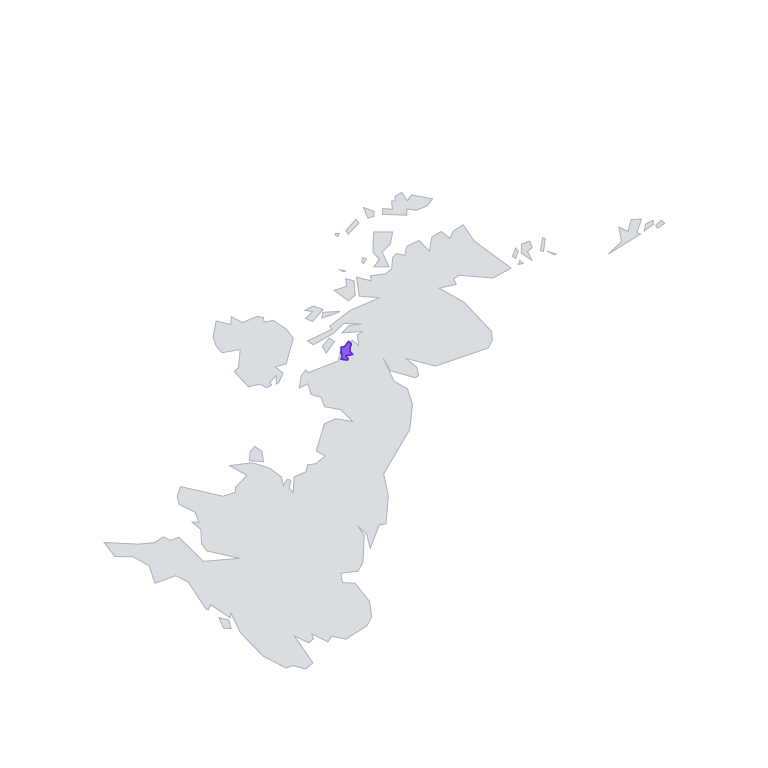 North Ayshire highlighted on a map of United Kingdom, rotated 46°
{"feature_id": "GBR-2006", "entity_name": "North Ayshire", "entity_type": "Unitary District", "adm_level": 1, "iso_a3": "GBR", "parent_name": "United Kingdom", "parent_adm1": "", "projection": "mercator", "projection_center": [-4.697, 55.716], "detail": "fine", "context": "in_parent", "style": "filled", "palette": "violet", "viewbox_px": 768, "rotation_deg": 46, "n_neighbors": 0, "source": "natural_earth", "source_scale": "10m", "svg_char_len": 4463}
<svg xmlns="http://www.w3.org/2000/svg" viewBox="0 0 768 768"><g transform="rotate(46 384 384)"><path d="M409.1,609.0L381.0,627.4L372.2,626.2L361.4,616.8L350.1,618.0L354.8,613.2L345.2,608.9L328.3,615.0L321.0,610.8L316.5,601.6L352.9,577.8L358.5,566.2L355.2,562.6L354.5,546.0L335.4,551.9L349.0,533.5L365.5,524.6L379.9,522.4L387.4,527.2L385.2,519.8L388.5,518.0L393.2,524.7L398.8,524.4L388.5,513.3L393.0,501.2L389.1,495.0L393.9,488.5L394.9,476.4L385.1,479.2L371.2,454.6L375.4,442.8L389.4,432.6L372.5,432.9L359.2,442.4L349.5,438.6L340.9,443.7L331.0,438.7L328.0,447.6L320.6,438.0L319.4,430.7L323.2,430.6L335.6,401.1L328.6,389.6L330.8,376.2L338.7,375.7L330.2,369.1L331.6,362.8L318.0,378.6L317.8,368.2L325.2,358.4L312.5,370.9L312.4,385.5L306.8,407.5L299.9,409.1L308.5,383.6L304.7,383.0L307.5,357.3L318.9,327.2L303.7,340.7L288.0,329.6L301.1,321.5L296.8,318.6L305.7,306.5L306.7,298.7L299.0,289.8L298.8,284.4L306.0,279.6L300.7,272.1L305.1,259.1L319.9,259.1L311.5,247.4L314.0,236.9L324.8,235.4L322.1,227.8L324.5,216.4L343.6,219.8L388.8,212.1L383.6,231.8L358.1,254.3L356.7,260.9L362.5,262.9L353.4,277.7L380.9,269.6L420.9,270.1L427.7,275.6L430.5,284.0L406.9,334.5L380.4,350.7L394.3,348.7L402.0,353.3L401.2,357.2L378.7,370.4L364.7,366.5L389.0,374.9L403.7,370.5L418.5,377.7L434.6,397.1L448.5,446.8L466.9,458.1L486.1,479.7L482.1,485.1L492.6,508.0L480.0,500.9L467.2,501.6L479.2,503.4L497.7,523.1L500.5,532.7L490.3,546.5L498.0,551.8L507.2,543.2L530.5,545.5L543.1,554.8L546.0,564.2L541.0,588.8L529.2,596.7L530.6,603.4L513.5,609.5L518.3,611.7L518.0,617.9L502.8,623.5L535.2,628.8L534.6,638.3L523.1,645.4L520.3,651.7L495.6,660.1L463.1,660.0L442.4,653.2L445.1,657.1L422.3,662.1L424.6,667.1L422.2,668.4L390.6,662.5L377.3,666.9L368.3,687.1L351.4,679.2L334.0,684.5L321.2,697.4L303.6,695.4L328.5,672.0L338.7,659.4L340.7,649.0L348.1,646.4L351.7,638.0L386.1,637.1L409.1,609.0ZM291.7,483.5L271.0,483.0L271.1,477.2L259.3,463.5L248.9,478.9L239.7,478.3L231.5,474.3L222.0,460.9L234.8,452.9L229.7,447.1L241.5,443.1L247.2,428.3L252.4,424.6L256.3,427.1L261.3,419.5L276.7,416.1L288.1,417.5L301.6,440.3L296.3,450.3L306.0,449.0L309.7,458.3L309.2,461.6L303.1,455.5L303.6,464.9L306.8,465.5L305.2,471.1L298.0,473.1L291.7,483.5ZM285.8,229.2L281.6,240.0L274.1,246.0L278.4,250.4L261.0,267.1L256.8,263.2L264.2,256.5L257.7,251.5L260.0,248.6L256.6,245.8L258.6,238.0L268.5,240.0L266.9,233.0L284.5,220.4L285.8,229.2ZM287.6,282.1L287.9,293.7L303.2,299.0L292.7,310.0L291.2,300.6L281.7,300.5L267.4,285.9L280.6,272.2L287.6,282.1ZM444.2,84.2L450.9,97.0L454.4,95.2L446.3,132.4L446.6,114.4L434.3,105.9L443.8,102.6L437.4,91.9L444.2,84.2ZM299.6,351.8L282.0,354.8L287.8,343.1L281.8,338.5L288.9,333.9L300.1,343.1L299.6,351.8ZM347.5,518.6L356.2,524.7L345.6,534.1L339.7,527.2L339.2,520.3L347.5,518.6ZM288.1,376.1L289.4,392.0L282.3,395.0L282.4,384.9L276.2,389.7L278.8,380.6L288.1,376.1ZM388.9,182.7L388.3,188.7L398.4,191.8L385.1,194.2L379.0,187.8L382.4,179.9L388.9,182.7ZM321.6,404.1L314.2,402.3L312.9,391.5L319.0,390.1L321.6,404.1ZM453.9,663.9L447.9,669.1L437.6,665.1L445.8,659.6L453.9,663.9ZM293.3,382.9L289.9,378.3L301.3,365.1L298.9,371.7L293.3,382.9ZM252.8,271.2L256.5,274.7L253.6,280.4L242.7,276.2L252.8,271.2ZM251.4,305.8L247.1,304.8L246.1,289.7L250.8,290.2L251.4,305.8ZM454.7,90.6L450.7,84.6L453.0,76.8L456.4,79.1L454.7,90.6ZM399.4,177.1L396.6,178.7L388.9,168.3L391.4,166.9L399.4,177.1ZM385.2,202.1L381.4,202.9L377.6,194.8L381.7,195.1L385.2,202.1ZM463.5,70.6L461.8,79.2L458.6,78.3L458.8,70.7L463.5,70.6ZM409.3,171.7L401.6,174.4L410.0,170.0L409.3,171.7ZM283.2,314.8L281.0,315.5L278.1,311.6L281.7,309.7L283.2,314.8ZM394.0,200.0L391.4,204.4L389.4,200.3L394.0,200.0ZM274.9,335.1L270.4,337.0L276.5,332.7L274.9,335.1ZM245.9,314.8L243.0,315.6L241.8,314.4L244.6,311.6L245.9,314.8Z" fill="#d9dde1" stroke="#a8b0b8" stroke-width="1"/><path d="M336.0,397.6L335.8,396.3L335.1,395.1L334.2,394.3L332.4,393.5L331.3,393.4L331.0,393.2L331.3,392.7L331.3,392.2L329.4,391.0L328.3,390.0L327.7,389.1L329.1,387.5L329.6,386.3L329.5,384.3L329.3,383.6L329.1,383.1L328.9,382.5L328.7,380.0L328.7,379.9L328.8,379.9L329.9,379.6L331.6,379.6L332.4,379.7L333.2,380.4L333.6,381.8L334.4,383.1L335.9,384.8L337.0,385.7L338.9,385.9L340.0,385.8L340.9,385.9L340.9,386.1L340.4,386.9L339.5,388.7L338.4,390.0L337.6,390.9L337.3,391.6L337.8,392.0L338.6,392.1L339.5,392.1L340.3,392.1L341.4,392.7L341.4,393.3L341.1,394.1L340.1,394.9L338.9,395.7L338.8,395.9L337.8,396.7L336.5,397.5L336.3,397.6L336.0,397.6Z" fill="#8b5cf6" stroke="#5b21b6" stroke-width="1.5"/></g></svg>